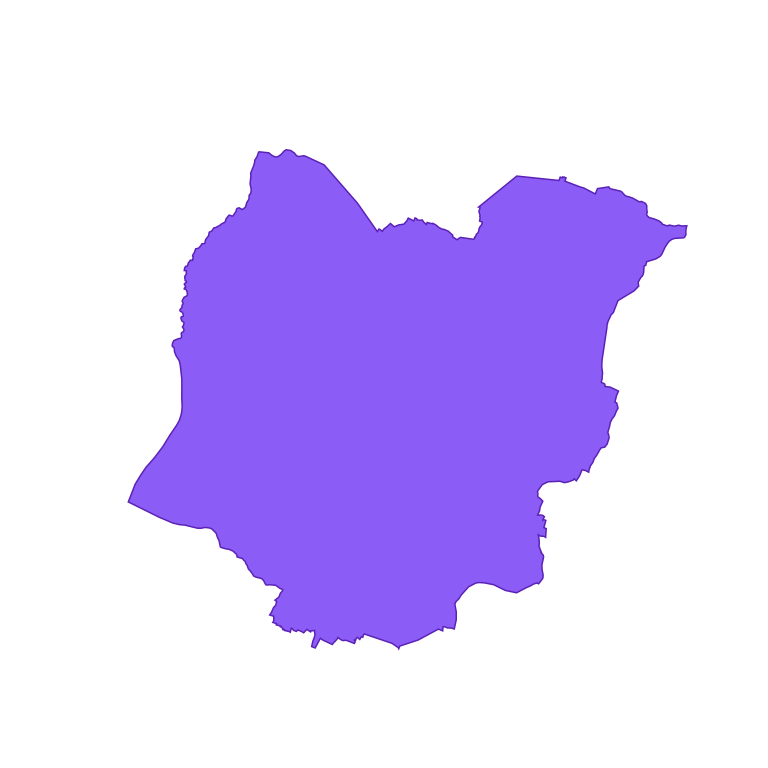 Kae Dam, Maha Sarakham, Thailand, rotated 203°
{"feature_id": "78962969B5401688500865", "entity_name": "Kae Dam", "entity_type": "district", "adm_level": 2, "iso_a3": "THA", "parent_name": "Thailand", "parent_adm1": "Maha Sarakham", "projection": "robinson", "projection_center": [103.406, 16.054], "detail": "fine", "context": "isolated", "style": "filled", "palette": "violet", "viewbox_px": 768, "rotation_deg": 203, "n_neighbors": 0, "source": "geoboundaries", "source_scale": "gbopen_adm2", "svg_char_len": 6171}
<svg xmlns="http://www.w3.org/2000/svg" viewBox="0 0 768 768"><g transform="rotate(203 384 384)"><path d="M573.3,175.5L538.8,173.5L524.0,173.5L517.4,174.6L512.1,176.3L499.7,178.3L496.3,179.6L492.5,182.1L488.4,183.3L485.8,183.3L480.3,181.1L477.6,178.0L474.6,175.3L471.1,170.2L470.3,169.9L466.1,170.3L461.8,171.3L457.8,171.2L453.6,169.7L452.2,168.6L451.7,167.4L446.1,168.0L444.3,167.0L442.6,166.5L440.7,164.5L439.6,164.0L436.3,160.5L433.9,159.7L433.4,159.1L432.5,158.9L428.9,156.3L426.5,156.2L421.1,157.0L419.7,156.8L417.7,155.8L415.2,153.6L414.0,153.0L412.4,153.6L411.7,154.2L405.0,156.4L399.3,155.1L397.5,155.3L396.8,155.0L396.6,153.9L397.6,151.1L397.5,146.8L399.9,142.4L397.9,141.9L397.2,138.1L398.3,135.2L398.4,129.9L399.0,126.7L394.8,127.1L393.0,123.1L393.2,121.1L389.3,121.4L389.2,120.2L384.6,120.8L384.6,120.1L383.1,120.1L381.9,119.3L381.1,118.4L380.5,119.0L380.3,118.7L379.8,118.9L379.2,118.2L376.6,118.9L376.5,118.7L375.3,119.0L373.3,118.9L373.9,123.0L372.8,122.9L371.0,121.9L368.0,122.0L367.3,123.8L363.6,124.0L360.7,123.6L359.1,128.0L354.7,127.1L354.7,128.4L353.4,128.9L351.7,130.0L350.5,127.6L349.6,126.4L349.2,124.2L349.0,119.3L348.0,114.0L344.2,114.1L343.2,125.0L340.3,124.4L329.8,124.0L329.1,126.7L328.6,127.6L327.3,131.4L327.4,132.7L324.5,131.9L321.7,131.7L318.8,133.3L309.9,133.6L309.7,135.3L311.4,136.7L311.0,137.2L310.0,137.2L310.2,138.8L309.6,140.4L306.5,139.4L306.2,142.3L304.6,142.5L304.8,145.7L304.4,146.2L275.4,148.4L267.8,146.9L267.0,146.1L267.0,149.0L252.5,161.7L238.2,179.6L233.5,179.7L234.8,183.7L233.4,184.2L230.3,184.3L226.5,185.7L223.6,185.9L225.4,195.3L228.4,202.4L232.7,208.9L232.7,211.8L231.1,215.6L230.5,219.8L226.9,230.3L221.8,236.6L218.9,238.4L213.7,240.2L204.7,242.1L191.6,241.4L180.4,243.6L173.6,251.9L170.4,255.3L168.0,258.5L165.4,260.6L163.6,260.5L162.0,266.5L162.0,267.9L163.0,270.5L166.2,275.3L167.9,279.0L169.5,287.2L170.7,288.8L172.9,289.8L172.7,289.9L176.7,293.9L177.3,294.9L178.1,295.3L178.5,297.4L180.6,301.7L183.0,305.4L180.7,305.1L177.3,306.3L175.3,306.0L178.2,314.3L180.7,314.3L181.7,321.7L184.1,321.6L184.5,320.9L184.8,322.3L184.4,324.4L186.3,325.1L188.4,324.7L191.4,323.4L191.2,327.8L192.2,331.9L192.0,338.2L195.9,339.8L197.9,340.1L198.6,340.8L199.7,343.6L200.8,345.2L199.0,353.2L194.9,358.0L184.1,363.2L179.3,363.7L175.9,366.1L172.3,369.5L171.9,371.1L169.2,370.0L168.4,373.8L168.1,377.2L168.2,382.4L164.7,383.1L161.1,382.8L161.6,384.6L162.0,389.3L161.1,393.5L161.3,397.7L160.3,401.9L159.7,407.6L159.1,410.2L156.2,412.0L155.1,415.8L155.7,422.3L157.1,424.7L159.1,427.0L159.8,433.3L160.6,436.9L160.4,440.8L159.4,445.0L159.5,450.2L159.1,453.2L162.4,457.5L164.3,457.5L165.4,464.0L165.4,469.1L174.7,469.5L179.7,468.1L180.6,470.1L182.4,470.5L184.1,470.2L184.7,470.6L185.2,473.9L186.2,476.4L186.9,479.1L190.5,485.4L192.7,491.5L200.9,523.3L201.5,524.5L202.2,528.8L202.0,536.3L200.8,539.3L201.2,552.2L190.2,567.4L187.8,573.6L189.8,577.0L189.4,580.9L188.9,583.5L188.4,584.1L188.3,586.1L188.6,588.2L190.7,594.3L189.4,595.5L190.0,599.2L182.6,605.4L179.7,609.4L179.0,611.8L178.7,619.9L177.8,624.8L177.1,627.1L175.5,629.7L173.3,631.6L165.2,635.7L164.7,636.4L164.4,639.3L166.3,643.7L167.1,648.0L171.6,645.8L174.9,645.3L178.0,642.9L183.7,641.7L184.3,640.7L185.2,640.2L190.0,639.8L191.3,640.7L194.5,641.6L200.1,641.5L204.8,640.8L207.4,641.7L208.5,642.6L208.9,645.1L210.4,647.5L211.8,650.8L213.8,652.4L218.3,652.7L219.5,651.8L220.5,651.5L227.8,652.3L231.8,652.0L234.1,651.6L235.8,651.7L240.1,653.7L241.4,654.0L251.8,652.2L253.4,652.7L254.1,653.3L263.8,647.3L263.8,641.5L276.5,642.5L280.7,642.0L296.8,641.4L296.9,644.8L299.2,644.9L299.3,644.3L300.5,644.3L300.5,643.5L302.6,643.3L302.5,639.7L343.0,627.3L366.0,583.9L365.0,584.2L364.5,583.9L364.0,579.8L361.5,576.8L361.3,575.6L360.4,574.6L359.8,571.5L359.0,571.2L357.1,571.6L356.6,571.1L356.4,568.4L357.0,566.7L357.2,564.2L356.7,562.4L356.5,560.1L357.5,557.8L357.3,555.2L358.0,554.6L357.7,553.5L357.8,552.3L370.7,548.9L372.3,547.0L372.7,545.6L373.4,545.4L378.3,546.3L378.9,547.8L384.6,549.8L389.3,549.8L390.4,549.3L392.1,549.3L394.5,549.5L398.0,550.6L401.6,551.0L401.5,550.5L407.4,549.5L407.4,547.4L410.7,548.5L412.9,550.0L414.0,549.1L417.5,548.0L417.9,548.0L418.4,549.0L420.3,549.0L420.3,545.8L426.5,546.2L426.7,543.3L428.2,538.9L432.6,536.2L436.0,532.7L440.8,534.3L442.6,530.1L444.6,526.8L445.2,524.0L449.1,524.8L449.7,521.7L479.1,540.1L524.7,562.3L545.1,563.0L547.0,562.8L551.1,560.2L552.1,559.9L554.2,560.2L556.7,561.6L560.9,562.5L563.3,562.0L565.7,561.3L567.1,559.1L568.2,555.5L570.6,551.6L572.9,550.5L576.7,550.7L580.4,551.8L589.8,548.9L590.0,547.8L589.7,543.8L590.4,539.4L589.8,537.7L589.3,534.7L589.1,525.8L587.8,523.5L585.5,515.9L582.4,511.5L581.3,508.2L581.3,507.0L581.9,505.2L580.6,501.5L581.2,497.2L580.6,492.7L582.6,489.2L586.1,489.6L587.6,488.5L588.1,487.5L587.7,485.0L588.7,479.8L589.4,479.2L592.1,479.1L592.7,478.7L593.9,474.4L593.6,471.6L593.8,470.6L595.7,468.5L597.3,465.7L599.8,462.5L601.6,461.2L602.4,457.4L604.2,455.4L603.4,452.0L604.6,447.3L604.4,445.7L603.8,443.7L604.3,443.1L606.4,441.9L606.7,439.6L607.8,436.5L610.2,434.8L609.9,431.4L610.4,428.0L610.2,426.9L609.1,426.4L609.1,425.4L608.5,423.1L608.7,422.8L610.1,422.7L610.6,422.3L611.4,418.9L611.1,416.2L611.9,414.9L612.5,414.8L612.9,413.0L612.2,410.4L610.7,410.9L610.0,410.8L609.8,409.7L608.8,408.1L609.5,405.5L608.7,403.5L607.8,402.4L607.5,401.5L606.2,401.4L605.7,400.9L605.6,400.3L606.4,399.4L606.9,397.9L604.3,395.7L604.4,395.3L605.1,394.6L605.1,393.5L603.6,393.6L602.4,393.0L600.8,391.3L599.8,389.0L599.9,388.1L601.9,385.8L602.3,382.3L602.1,381.2L600.6,380.0L600.4,379.4L600.6,377.3L599.9,375.6L600.8,372.8L600.7,372.1L600.0,371.4L597.7,371.2L596.2,369.8L595.2,368.0L596.6,366.8L596.9,366.1L596.7,365.3L594.7,363.0L592.8,362.7L592.0,362.3L591.5,359.1L591.9,357.8L589.7,356.3L589.1,355.1L589.1,353.8L590.3,352.3L590.5,351.5L588.7,348.2L588.8,347.4L589.4,346.3L591.0,345.4L594.4,341.9L594.6,339.4L594.2,337.2L593.5,335.9L591.2,335.2L589.5,331.9L586.5,328.8L581.6,325.4L578.9,321.7L571.8,309.1L564.5,291.7L561.1,284.6L559.7,280.6L558.7,276.4L558.2,270.4L558.8,264.8L561.2,252.8L563.1,240.0L566.6,226.1L570.5,214.4L572.4,204.8L573.9,194.5L573.3,175.5Z" fill="#8b5cf6" stroke="#5b21b6" stroke-width="1.5"/></g></svg>